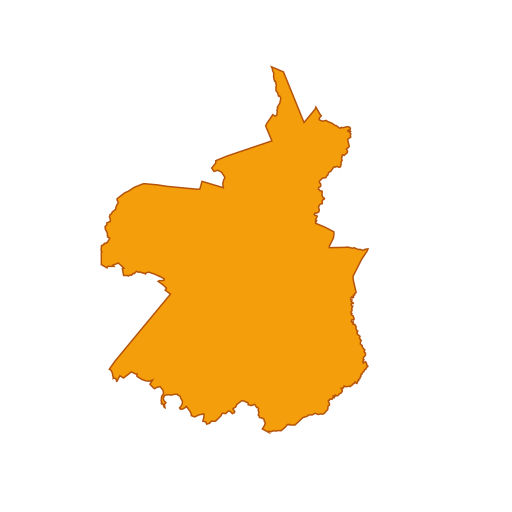 outline of San Marcos, Jalisco, Mexico, rotated 117°
{"feature_id": "50627088B3793649992837", "entity_name": "San Marcos", "entity_type": "district", "adm_level": 2, "iso_a3": "MEX", "parent_name": "Mexico", "parent_adm1": "Jalisco", "projection": "albers", "projection_center": [-104.227, 20.824], "detail": "fine", "context": "isolated", "style": "filled", "palette": "amber", "viewbox_px": 512, "rotation_deg": 117, "n_neighbors": 0, "source": "geoboundaries", "source_scale": "gbopen_adm2", "svg_char_len": 6151}
<svg xmlns="http://www.w3.org/2000/svg" viewBox="0 0 512 512"><g transform="rotate(117 256 256)"><path d="M407.4,164.5L406.9,165.3L406.2,164.9L405.8,162.8L403.7,161.1L403.2,159.3L401.1,156.3L400.3,154.3L395.0,152.1L391.9,151.5L391.7,150.6L390.9,150.1L391.2,149.2L389.0,144.6L378.6,140.8L375.5,137.6L373.7,136.9L372.1,133.8L369.2,131.8L369.0,128.6L367.4,126.8L366.7,124.8L365.5,123.8L360.1,122.4L357.2,123.6L355.4,122.9L354.0,123.7L352.6,125.7L351.7,125.8L351.2,125.1L350.2,125.3L348.9,123.1L347.0,123.4L346.9,122.0L346.1,122.2L345.4,123.2L345.1,121.9L344.0,122.3L343.9,120.4L343.5,119.9L342.3,119.3L341.6,119.4L339.4,118.0L338.3,117.7L336.7,117.9L336.3,118.7L335.4,118.8L335.2,119.9L333.7,118.1L331.8,118.5L331.7,116.5L329.7,113.8L329.5,112.6L327.9,112.3L327.4,111.7L325.6,111.4L325.2,110.7L323.2,110.6L323.9,108.8L323.7,108.2L321.4,108.5L320.4,108.0L320.2,108.6L319.7,108.7L318.1,107.8L316.9,108.2L315.4,107.9L314.7,108.5L313.5,108.5L313.1,107.9L311.8,108.3L309.7,107.4L308.0,107.7L307.3,106.8L304.5,106.8L303.9,106.2L303.3,106.3L302.7,107.9L301.3,109.0L300.5,110.4L301.3,110.9L301.5,111.6L302.4,111.5L302.6,112.0L302.0,112.0L301.3,113.0L299.4,112.7L299.0,113.9L297.8,114.1L294.8,113.4L292.9,114.3L292.3,116.2L290.2,116.4L289.7,118.3L288.6,120.2L287.6,120.6L287.2,123.0L285.2,123.9L283.5,123.9L282.5,126.3L280.3,126.9L279.6,130.5L278.4,130.9L278.0,131.5L276.7,131.2L276.6,132.3L275.3,134.0L273.3,134.8L272.8,136.2L272.1,136.7L272.7,138.7L271.9,139.1L271.3,138.9L270.5,139.5L271.2,140.4L271.3,141.2L269.5,141.7L268.9,141.2L268.7,140.0L267.6,139.9L265.3,142.2L264.9,144.7L263.6,144.5L263.5,145.5L262.2,146.1L261.1,145.6L259.3,146.9L256.8,147.0L256.9,148.4L255.5,149.4L254.7,148.9L254.2,147.8L253.7,147.9L253.4,150.7L251.7,150.4L251.6,152.0L249.9,152.4L248.7,152.1L248.5,151.5L249.3,150.7L248.6,150.3L246.7,151.5L246.0,150.4L244.6,151.0L243.9,150.4L242.9,150.3L234.2,157.7L230.3,160.3L211.5,160.4L200.7,159.2L198.8,159.5L200.8,162.2L202.0,162.6L202.3,163.2L202.9,166.5L203.8,167.8L204.1,172.4L205.3,173.6L206.5,178.8L206.9,178.9L208.2,181.2L215.3,194.5L214.1,195.1L204.7,195.2L200.4,196.8L199.1,197.7L199.0,207.9L199.8,217.7L198.5,218.6L198.0,218.6L197.9,218.0L196.8,218.1L196.6,219.4L192.9,219.4L192.4,220.2L193.0,221.9L192.5,223.0L190.8,222.8L190.2,221.4L188.5,220.1L186.3,220.4L184.6,222.1L183.1,222.7L180.4,222.3L179.3,220.7L176.5,222.1L175.4,221.9L174.7,221.1L173.7,221.0L173.4,221.4L173.6,222.5L172.4,224.3L171.4,225.1L168.7,226.1L168.2,226.8L168.9,228.4L168.2,229.6L168.3,230.6L166.5,231.3L164.9,230.1L164.0,230.1L162.1,231.4L162.0,232.6L161.6,233.0L160.2,233.4L156.6,232.2L154.4,229.3L152.8,229.4L151.5,228.8L148.4,229.2L146.6,227.8L141.6,227.1L141.0,226.8L140.8,225.7L139.4,224.5L139.2,222.0L138.0,221.2L135.6,221.8L133.9,222.8L131.6,222.7L130.0,224.3L128.5,224.3L127.2,225.0L126.5,224.9L126.4,223.2L122.6,221.6L121.2,221.9L119.6,224.1L117.3,222.9L115.9,222.7L110.9,227.0L110.0,227.1L107.0,225.6L106.1,226.5L103.9,227.1L103.4,228.8L101.9,228.3L101.9,229.2L103.1,230.8L102.8,231.1L102.0,230.9L100.5,229.6L99.4,229.8L98.7,231.0L99.4,233.5L102.4,237.0L102.7,238.4L104.0,239.1L104.1,239.7L103.4,243.8L103.8,244.9L103.2,248.5L103.6,253.0L103.4,255.2L104.9,256.8L105.8,258.6L105.9,261.4L105.0,262.1L103.9,262.1L101.4,261.5L100.7,263.3L96.1,270.3L98.3,270.0L115.3,273.8L79.5,315.1L80.4,328.1L82.0,326.2L83.2,325.5L85.0,323.2L88.7,321.5L90.9,319.7L91.2,318.6L91.9,318.6L92.0,317.4L92.7,316.7L93.3,316.7L94.8,315.3L96.3,315.0L99.8,313.1L100.5,311.1L103.3,308.5L102.6,307.7L104.2,305.5L109.0,304.2L113.9,304.5L114.6,303.7L116.5,303.6L117.5,302.7L120.9,301.5L122.2,301.9L122.8,302.7L122.4,305.2L132.9,306.5L135.7,306.5L146.2,294.1L179.8,326.9L189.3,335.1L191.4,334.1L197.8,335.4L199.7,331.8L197.0,329.1L196.9,325.6L197.2,324.3L200.1,319.3L203.0,319.3L206.8,318.4L210.0,316.1L214.0,338.0L221.8,336.4L223.2,338.7L234.3,366.8L237.4,376.2L242.3,388.4L243.3,389.7L250.3,395.8L256.2,399.1L259.2,401.6L268.0,405.8L269.2,405.2L270.4,403.5L271.7,402.8L273.7,403.2L276.2,402.9L278.0,402.2L282.3,404.1L284.0,403.9L285.4,404.8L287.9,404.3L288.7,403.0L291.4,401.5L294.1,403.9L296.1,403.1L298.2,403.9L300.6,402.3L303.2,398.7L304.9,398.0L305.5,397.1L306.4,397.0L306.5,394.4L311.3,394.5L311.7,395.1L312.8,395.4L313.3,396.5L314.1,397.0L314.8,396.7L317.0,398.4L321.8,396.3L322.1,395.3L323.3,395.3L333.9,389.9L334.2,383.3L333.2,383.5L332.3,383.0L329.8,377.9L329.2,379.4L324.7,375.4L326.8,368.1L327.8,369.4L333.4,365.2L333.2,364.3L331.9,362.2L331.8,360.7L330.6,360.0L329.5,358.1L327.2,357.5L327.0,356.5L323.9,355.5L323.8,353.2L322.8,351.9L322.6,348.9L322.1,348.5L322.2,346.3L321.0,346.4L319.0,344.2L318.1,337.2L318.0,332.5L317.7,332.5L318.0,327.4L319.6,327.0L321.8,330.8L323.0,331.7L324.0,325.4L325.3,321.1L327.6,321.5L328.8,314.9L413.6,333.9L423.5,335.3L423.6,333.2L426.1,330.3L427.8,329.3L428.8,328.0L430.0,327.7L429.1,326.7L429.0,325.5L430.3,323.6L431.5,323.1L424.5,322.9L424.8,318.6L415.8,314.4L415.8,309.8L415.2,309.0L415.2,308.2L416.9,307.8L417.3,307.2L417.8,301.5L417.3,297.7L415.9,294.1L413.4,291.9L418.4,292.3L420.1,287.3L420.3,286.2L418.4,285.0L415.9,282.2L417.8,277.9L420.3,276.0L424.1,276.3L428.2,274.7L429.2,273.6L430.2,273.6L430.7,273.0L430.1,271.7L432.5,269.0L432.5,268.2L430.0,270.2L427.5,269.7L426.7,272.2L425.6,273.5L424.7,274.0L422.0,274.2L420.3,272.6L418.9,270.2L418.7,268.8L416.0,265.5L414.9,263.3L415.4,262.3L415.4,259.8L416.7,258.7L418.9,255.5L421.2,254.6L423.7,254.6L426.1,255.2L426.6,254.1L426.8,253.5L425.2,251.5L422.8,250.0L421.9,250.2L421.6,249.6L424.8,243.5L426.6,241.6L427.6,241.2L427.2,237.6L423.4,234.6L420.5,231.0L420.5,230.5L423.8,229.1L427.3,228.4L426.6,225.5L428.2,223.6L426.2,221.5L423.5,220.8L421.8,217.4L421.1,216.9L414.0,214.6L412.5,214.8L411.2,214.4L410.2,211.5L406.8,210.3L406.3,209.4L406.2,208.1L407.2,205.5L405.3,204.1L404.1,204.4L403.0,206.9L402.4,207.2L399.7,205.5L396.9,205.7L391.4,203.0L390.7,200.8L390.5,196.4L392.2,195.3L391.5,193.7L391.6,192.7L390.7,191.4L389.1,190.4L388.9,189.6L390.7,186.6L390.2,185.6L390.9,184.4L392.8,183.9L393.6,182.6L396.8,181.7L397.1,180.6L398.3,179.6L397.6,176.3L397.9,174.7L399.6,173.4L400.3,172.0L403.2,171.5L407.2,171.8L407.4,164.5Z" fill="#f59e0b" stroke="#b45309" stroke-width="1.5"/></g></svg>